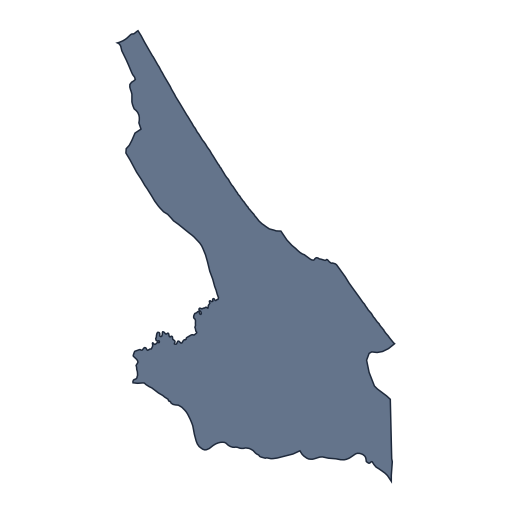 Mueang Narathiwat, Narathiwat, Thailand
{"feature_id": "78962969B31308774945788", "entity_name": "Mueang Narathiwat", "entity_type": "district", "adm_level": 2, "iso_a3": "THA", "parent_name": "Thailand", "parent_adm1": "Narathiwat", "projection": "natural_earth1", "projection_center": [101.803, 6.43], "detail": "fine", "context": "isolated", "style": "filled", "palette": "slate", "viewbox_px": 512, "rotation_deg": 0, "n_neighbors": 0, "source": "geoboundaries", "source_scale": "gbopen_adm2", "svg_char_len": 6090}
<svg xmlns="http://www.w3.org/2000/svg" viewBox="0 0 512 512"><path d="M126.2,148.7L125.9,153.0L130.1,160.0L136.6,172.2L141.4,179.5L144.8,185.4L147.0,188.5L151.7,196.0L154.7,201.1L158.4,206.1L160.0,208.0L163.6,211.8L167.7,214.3L171.3,218.2L173.5,220.8L178.4,224.3L188.9,232.8L191.8,235.0L194.0,236.9L199.9,243.2L201.7,245.9L203.0,248.7L205.5,254.8L207.5,261.8L209.8,271.3L212.7,279.1L214.7,286.5L216.1,290.2L217.2,294.2L218.5,297.7L218.0,299.3L216.7,299.8L215.9,300.5L215.3,300.5L214.9,300.1L214.2,298.9L213.5,298.6L213.0,298.8L212.7,299.3L212.6,300.0L212.9,300.8L212.6,301.4L211.4,301.5L210.3,300.8L209.6,300.9L209.4,301.2L209.4,301.6L209.8,303.4L208.4,305.3L208.0,308.0L207.7,308.1L206.1,307.2L205.6,307.3L204.4,308.1L203.9,308.0L202.2,308.7L201.4,308.7L200.2,308.2L199.6,308.2L199.3,308.5L199.0,309.0L199.0,309.6L199.3,310.3L200.7,311.5L201.3,312.9L201.3,313.7L200.8,314.4L200.5,314.4L200.0,314.2L199.6,313.5L199.1,311.9L198.8,311.5L198.5,311.4L197.8,311.6L196.5,312.8L194.8,313.5L194.2,314.7L193.8,315.7L193.6,317.1L193.9,318.1L194.4,318.7L195.0,319.1L195.5,320.7L195.4,323.2L195.5,325.4L194.9,327.3L195.4,328.7L195.8,331.0L196.7,332.2L196.6,333.0L194.3,334.9L193.8,335.0L192.6,334.7L191.3,334.9L186.7,337.6L186.4,338.0L186.0,339.3L185.4,339.7L184.7,339.7L183.8,340.1L183.3,340.6L182.0,342.8L181.6,343.0L181.1,343.1L180.7,342.9L178.9,341.2L178.1,341.1L177.7,341.4L176.6,343.8L176.0,344.2L174.9,344.2L174.4,343.9L174.4,343.3L174.9,342.3L175.0,341.6L174.9,341.2L174.5,340.6L172.8,339.3L172.4,336.8L172.0,336.4L171.2,336.2L170.5,336.8L169.8,336.8L169.5,336.7L169.1,335.9L168.8,334.3L168.6,333.6L168.2,333.2L167.5,333.2L166.7,333.9L165.9,334.0L165.5,333.8L163.9,332.1L163.5,331.9L162.7,331.8L162.5,332.2L162.4,332.6L162.3,334.4L162.1,335.2L161.7,336.2L161.0,336.6L160.4,336.5L159.7,335.9L159.8,333.8L159.5,332.9L158.8,332.4L157.8,332.3L157.5,332.5L156.9,333.5L156.5,335.2L156.3,337.2L155.8,338.3L155.7,338.7L156.2,340.5L156.6,340.8L157.5,341.0L158.7,340.8L159.1,340.9L159.4,341.5L159.3,342.4L159.1,342.6L158.8,342.7L158.1,342.5L157.4,342.5L155.5,344.2L154.9,344.4L154.1,344.1L153.1,343.0L152.6,342.9L152.4,343.5L152.7,345.1L152.6,345.8L152.5,346.5L151.4,348.8L151.1,349.0L150.0,349.0L148.0,350.2L147.6,350.3L147.1,350.0L145.9,348.0L145.4,347.7L144.5,347.6L144.1,347.8L142.3,350.0L141.2,350.2L140.2,349.6L139.5,349.6L135.0,351.2L134.7,351.4L134.3,352.2L133.3,355.1L133.2,355.8L133.4,356.3L136.7,359.4L137.7,361.0L137.9,362.2L137.8,362.6L136.1,365.4L136.6,367.3L136.7,369.3L137.4,371.8L137.6,375.3L137.1,376.7L137.0,377.5L136.8,378.0L135.7,379.1L134.2,379.5L133.4,380.2L132.9,381.6L133.0,382.8L137.6,383.3L143.0,382.9L144.4,383.1L146.0,384.6L149.3,386.7L151.8,387.9L158.5,393.0L162.8,395.5L164.7,397.1L168.0,399.2L168.6,400.7L169.2,401.3L169.9,401.3L170.5,401.9L171.2,403.2L173.1,404.4L175.4,404.9L178.4,405.2L181.8,407.2L184.9,410.3L186.3,412.0L187.7,414.2L190.2,419.2L191.9,423.3L192.8,425.9L194.4,434.4L196.1,440.8L197.3,443.9L199.1,446.5L201.5,448.4L202.9,449.3L204.8,449.9L206.5,449.7L209.3,448.5L213.1,445.5L215.7,443.9L217.9,443.0L220.1,442.4L222.4,442.2L224.5,442.4L225.9,443.1L228.3,445.3L230.4,446.5L232.6,447.2L234.3,447.3L235.8,447.1L237.4,447.3L239.9,448.2L241.6,448.4L243.3,448.4L245.7,447.9L249.1,448.4L250.7,449.1L253.1,450.5L255.5,453.1L257.0,454.2L258.7,455.0L259.7,456.4L260.9,457.0L265.3,458.2L266.7,457.8L271.0,458.7L273.1,458.6L277.3,458.0L293.0,454.0L299.9,450.8L302.1,454.3L303.9,456.1L306.7,458.1L308.7,459.0L311.0,459.2L312.5,459.2L314.2,458.8L319.7,457.1L322.4,456.9L328.5,458.2L335.9,458.8L340.6,459.7L344.2,459.8L346.4,459.3L348.7,458.4L350.3,457.5L355.7,453.8L357.4,453.3L359.7,453.4L361.7,454.0L363.0,454.6L364.7,456.0L365.5,457.3L365.9,458.6L366.3,461.5L367.1,462.2L368.5,463.1L369.2,463.2L369.8,463.0L371.3,461.7L371.9,461.7L372.2,461.8L374.0,464.6L376.1,467.1L378.9,468.8L384.7,472.9L386.0,474.1L387.5,475.6L391.3,481.3L391.3,475.4L392.3,461.8L391.7,458.7L390.3,399.3L386.6,395.9L377.4,389.0L374.4,386.0L369.1,372.4L366.6,360.2L369.1,353.4L371.7,351.9L377.1,352.5L382.6,351.5L388.5,348.6L394.6,343.7L394.2,343.3L393.7,343.0L389.5,337.8L388.2,335.9L385.7,333.1L384.0,330.7L383.8,330.0L383.2,329.4L382.3,328.2L380.7,326.4L379.5,324.7L379.2,323.9L377.1,321.8L374.5,318.1L373.5,317.1L371.4,313.5L368.1,309.8L367.1,308.1L365.8,306.4L364.4,304.0L362.9,302.4L359.7,297.8L351.5,286.5L349.0,283.0L345.3,276.9L336.5,264.7L335.2,263.8L333.6,263.3L332.5,263.0L332.1,263.2L331.4,263.2L329.4,261.9L327.6,259.9L326.8,259.5L326.5,259.6L325.6,260.3L325.0,260.4L321.1,259.2L319.3,258.9L318.2,258.1L316.8,257.7L316.1,257.8L314.8,258.8L314.3,259.7L313.3,260.2L311.5,259.8L310.1,259.0L304.3,254.7L302.4,254.0L299.9,252.4L297.5,250.3L295.8,248.6L291.9,245.4L286.9,240.0L280.9,231.1L276.2,230.9L273.9,230.1L269.3,228.9L265.5,226.3L264.5,225.5L261.9,223.7L258.9,220.9L255.9,217.0L255.3,216.6L255.0,216.1L253.5,213.8L253.0,213.5L252.3,212.5L251.7,212.0L249.7,209.5L248.8,208.7L247.7,206.7L246.6,205.7L246.2,205.0L245.2,203.7L244.2,202.1L242.5,200.3L242.1,199.5L241.2,198.5L239.7,196.0L238.2,194.5L237.2,192.6L236.3,191.5L233.1,186.6L231.6,184.9L229.4,181.3L228.5,179.5L226.5,177.2L225.0,175.0L223.2,171.9L222.8,171.4L222.4,170.6L222.1,170.2L220.9,168.0L220.0,167.1L219.1,165.3L218.1,164.1L212.8,155.5L212.0,154.4L209.8,150.5L207.2,147.0L205.6,144.2L203.9,141.8L202.5,140.2L198.6,133.8L197.2,132.1L195.2,128.3L193.6,126.3L191.4,122.3L191.0,121.8L187.7,116.3L187.0,115.4L180.2,104.0L175.6,96.6L174.7,94.7L171.5,89.2L170.2,86.4L164.2,76.3L162.0,72.2L161.3,71.2L159.1,66.9L157.7,64.8L155.0,60.0L153.1,56.7L152.5,56.0L144.5,42.1L141.1,35.7L138.0,30.7L136.8,31.5L134.2,33.6L133.5,33.9L131.8,34.0L130.7,34.6L127.2,37.9L125.4,39.3L122.9,40.8L119.4,42.3L117.4,42.9L118.9,43.6L120.1,45.1L120.7,46.2L121.8,50.8L126.3,60.0L128.6,65.2L131.7,72.6L132.8,74.8L134.5,77.0L135.3,79.5L133.6,81.0L131.6,82.2L129.9,84.4L129.8,87.0L130.4,89.3L131.3,91.9L131.9,94.2L131.9,101.9L132.4,104.1L133.1,106.3L134.2,108.9L136.1,110.5L137.7,112.4L138.9,115.1L139.3,117.4L139.3,120.1L138.9,122.9L141.0,129.1L135.0,133.1L131.8,140.5L129.3,145.3L126.2,148.7Z" fill="#64748b" stroke="#1e293b" stroke-width="1.5"/></svg>